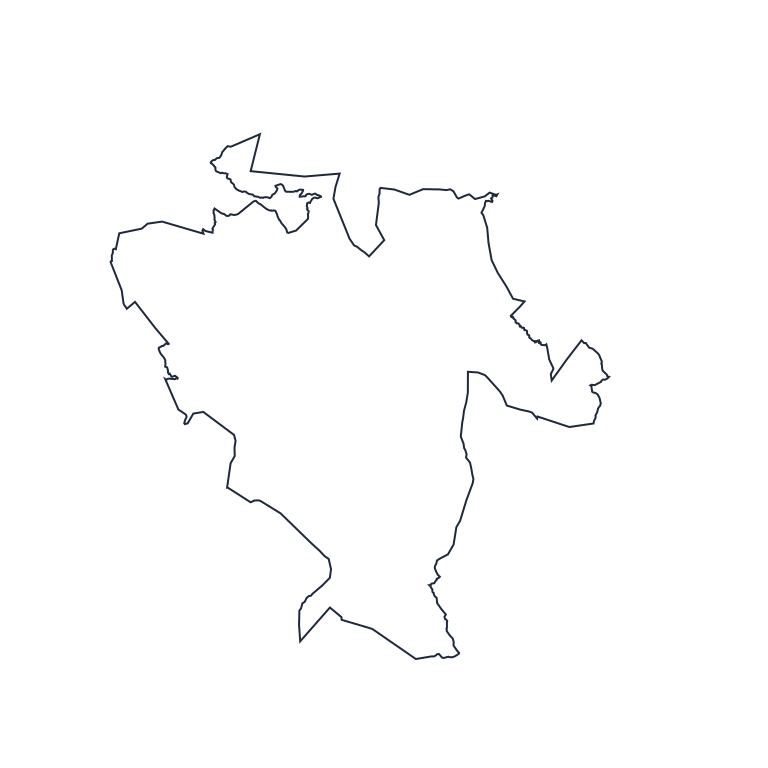 Santiago Juxtlahuaca, Oaxaca, Mexico, rotated 158°
{"feature_id": "50627088B28007976268142", "entity_name": "Santiago Juxtlahuaca", "entity_type": "district", "adm_level": 2, "iso_a3": "MEX", "parent_name": "Mexico", "parent_adm1": "Oaxaca", "projection": "natural_earth1", "projection_center": [-98.042, 17.208], "detail": "fine", "context": "isolated", "style": "outline", "palette": "slate", "viewbox_px": 768, "rotation_deg": 158, "n_neighbors": 0, "source": "geoboundaries", "source_scale": "gbopen_adm2", "svg_char_len": 6166}
<svg xmlns="http://www.w3.org/2000/svg" viewBox="0 0 768 768"><g transform="rotate(158 384 384)"><path d="M405.5,662.1L436.7,661.4L437.6,661.6L439.8,663.1L442.4,662.1L447.2,659.5L449.5,656.8L451.9,655.4L454.5,656.0L456.8,655.1L458.1,655.5L459.4,655.5L461.4,654.6L461.8,654.1L461.7,653.4L461.0,652.7L460.0,650.4L459.7,648.9L459.4,648.6L459.2,647.8L459.9,646.3L460.1,644.7L459.6,643.8L456.4,640.6L454.8,640.5L453.8,639.5L451.8,638.6L450.4,637.2L452.1,635.1L452.3,634.1L452.1,633.3L449.7,631.3L450.2,628.3L449.0,626.5L448.5,625.0L448.8,622.5L447.8,619.8L446.2,617.8L443.2,615.0L441.6,615.0L440.0,613.9L439.2,612.3L438.0,610.8L434.7,608.7L434.0,606.7L430.6,604.7L428.9,602.9L427.6,602.8L426.5,601.9L425.8,602.1L423.6,601.5L422.1,600.8L420.3,599.1L418.3,599.7L416.6,601.3L413.8,601.6L410.7,603.7L409.6,605.2L410.5,607.2L410.4,608.4L405.0,608.1L403.9,607.0L403.3,605.6L403.4,600.4L402.7,598.9L396.1,596.2L393.2,595.9L392.6,595.2L390.3,595.8L388.9,595.7L386.3,594.3L386.4,593.8L388.8,591.7L391.3,590.6L392.0,589.2L387.7,588.0L387.2,587.6L386.1,587.7L385.3,588.6L383.8,588.8L382.0,588.3L380.0,586.4L377.4,586.5L376.3,586.2L375.3,584.4L373.2,582.9L372.2,581.6L372.3,581.1L376.4,581.2L377.9,582.6L379.0,582.9L381.0,582.6L384.2,580.3L384.7,579.6L386.0,580.5L387.5,580.4L389.0,577.8L389.0,575.6L389.7,575.2L389.9,574.4L389.1,572.5L390.1,570.7L390.9,570.1L391.7,567.4L392.8,565.5L408.0,559.2L416.1,559.9L417.0,560.8L416.6,563.9L417.1,566.6L418.8,571.5L419.2,574.6L419.7,575.5L419.9,579.5L419.6,581.7L419.9,585.4L421.1,586.2L423.1,586.6L423.6,587.3L424.3,587.3L425.3,588.0L427.5,590.4L431.3,597.1L432.9,598.8L433.8,601.2L434.3,601.9L436.7,602.1L455.8,596.2L459.4,596.7L462.8,598.9L464.0,598.3L465.3,598.1L466.7,598.7L467.5,599.5L468.2,601.1L470.8,603.2L475.4,610.2L477.1,608.7L477.1,608.0L478.1,606.2L477.9,604.6L478.8,601.6L479.7,599.7L479.4,597.3L480.6,596.8L480.8,595.3L484.8,592.4L484.8,591.4L486.3,588.5L492.3,592.8L493.7,595.3L494.9,594.3L495.1,591.0L528.9,617.7L543.1,621.2L550.4,618.8L573.0,622.9L582.2,609.4L583.4,610.5L584.4,610.4L585.2,609.8L586.5,606.8L588.2,605.2L590.2,600.0L590.8,600.2L591.8,599.5L592.1,569.1L595.3,556.4L595.2,553.9L594.6,552.4L594.3,550.1L584.1,553.4L575.0,521.2L568.6,501.9L569.3,501.8L570.7,503.2L571.4,503.1L574.3,502.0L575.5,502.5L577.7,502.0L578.8,502.1L579.5,501.7L579.8,500.3L579.9,497.5L579.6,495.4L578.2,491.0L577.9,488.5L577.9,487.8L578.3,487.2L579.0,484.6L580.4,482.1L578.9,480.7L578.9,480.0L579.3,477.2L580.0,475.6L579.7,473.8L578.8,473.9L578.3,470.5L577.5,470.1L574.7,469.9L573.0,467.0L573.5,466.4L574.0,467.0L576.1,466.8L581.4,469.6L582.4,469.8L584.2,469.5L585.0,470.6L584.2,437.3L579.3,430.1L579.1,428.8L579.2,427.9L579.8,427.0L581.6,425.4L583.9,422.5L583.7,421.4L580.7,421.1L571.9,428.0L562.0,425.8L542.1,392.9L542.9,386.9L546.5,380.9L549.4,373.1L555.9,368.0L568.3,346.7L567.8,346.6L552.0,324.3L547.8,324.5L543.7,323.0L542.3,321.8L528.3,302.7L511.0,263.5L506.2,253.5L503.6,246.7L500.8,242.5L502.5,232.1L506.8,224.6L516.7,220.3L528.8,216.3L531.0,215.1L533.4,215.5L536.0,214.5L539.1,211.7L541.8,211.2L545.1,206.9L547.3,205.7L553.0,192.5L558.1,176.8L517.9,197.0L510.8,183.8L511.6,181.2L486.7,161.4L457.5,117.1L441.9,113.6L439.8,112.7L437.4,112.9L436.0,113.6L434.2,113.1L432.7,108.7L431.8,107.9L430.5,107.5L426.4,107.0L425.2,106.0L423.4,105.2L420.6,104.9L415.8,105.8L415.1,106.5L416.1,109.2L417.5,115.4L416.0,118.8L415.6,122.2L417.3,126.6L418.4,131.6L417.8,132.8L417.8,133.7L417.0,134.3L415.1,139.1L414.1,140.7L414.6,142.2L415.5,143.5L415.1,145.6L413.0,147.1L415.2,154.0L416.8,161.0L415.3,166.0L416.5,168.3L416.5,170.7L416.2,171.5L416.9,172.7L416.8,173.6L416.1,175.6L416.7,177.4L416.6,178.9L417.4,180.5L415.9,180.1L414.9,181.1L412.1,180.5L408.9,182.7L408.3,182.8L408.0,183.6L405.6,183.8L404.4,184.4L405.6,186.9L406.0,191.1L405.8,194.4L405.4,195.3L404.4,196.6L402.7,197.9L401.1,200.4L398.4,201.1L388.5,202.1L379.6,209.1L370.5,224.2L364.7,228.6L351.2,245.3L339.0,258.7L336.6,262.6L336.1,266.6L334.7,273.0L333.7,278.9L335.5,285.0L333.7,288.0L333.4,292.4L333.7,294.7L332.6,299.0L332.5,306.5L325.7,319.3L323.7,322.3L319.8,329.3L314.6,336.2L309.5,344.6L301.6,363.9L292.4,359.4L287.0,354.3L285.3,350.2L279.4,333.8L278.3,328.8L278.2,318.0L267.1,309.1L259.6,304.0L257.4,302.0L255.0,294.5L253.8,296.3L228.3,274.7L204.5,268.9L203.1,271.1L200.7,273.2L200.0,274.4L199.8,275.5L196.7,278.2L194.9,280.9L193.5,282.0L191.9,282.8L190.3,284.7L189.4,290.2L189.8,294.3L191.3,296.5L193.2,297.7L193.9,298.9L192.5,304.4L193.2,305.4L191.9,305.6L189.1,304.0L182.0,304.7L181.3,305.5L179.0,306.1L177.7,305.3L176.3,305.2L174.3,305.6L172.7,306.4L174.0,307.3L173.9,309.2L176.3,314.4L175.9,316.8L174.4,321.5L174.7,321.6L173.6,323.3L173.7,330.2L174.2,332.2L177.3,338.5L180.2,340.9L181.6,346.5L183.1,346.9L184.5,350.5L205.3,338.3L227.2,324.4L225.6,330.8L221.7,334.1L221.1,335.3L221.6,344.9L219.1,356.5L218.6,359.9L219.7,359.5L223.1,361.0L223.8,362.2L223.2,363.8L223.4,364.1L224.0,363.8L224.8,364.0L223.9,366.4L224.4,366.5L225.1,365.5L225.8,365.8L226.1,366.6L226.9,366.8L227.7,365.8L228.4,366.0L228.2,367.3L228.9,367.5L230.4,369.3L230.8,371.1L231.9,372.6L231.2,374.6L231.4,375.2L232.3,375.8L232.5,376.9L231.6,379.4L231.7,379.9L233.0,381.4L233.4,381.3L233.7,381.8L233.2,383.5L233.6,384.0L234.9,384.3L235.5,386.2L236.2,386.1L236.6,386.4L236.1,387.7L236.7,389.8L237.1,390.2L238.1,390.4L238.9,392.1L238.1,393.7L239.5,396.4L239.1,397.4L239.8,398.6L240.3,398.0L240.9,398.5L240.9,399.7L240.0,400.1L228.8,404.9L222.8,407.9L232.4,414.7L234.0,428.7L236.9,444.5L237.8,458.6L234.2,475.8L229.8,490.2L228.7,503.2L229.5,506.2L224.4,510.8L223.7,511.5L222.9,513.5L220.9,515.6L220.0,515.0L218.7,514.8L215.6,512.3L214.8,513.1L215.2,516.0L213.6,516.2L212.7,518.1L212.0,518.0L209.5,516.0L207.9,517.3L209.2,517.3L214.4,521.9L220.3,520.2L230.3,521.4L233.9,527.9L237.6,528.2L245.4,528.0L246.5,529.6L247.4,536.6L249.7,539.7L253.7,540.5L259.4,543.5L274.7,550.0L289.6,549.9L301.5,560.4L313.7,567.1L313.9,566.6L315.0,566.4L316.5,563.0L316.6,562.4L319.1,559.6L320.9,554.0L331.9,534.4L329.9,517.3L350.0,507.9L352.9,513.7L354.8,516.3L357.7,521.6L359.8,523.6L361.5,531.6L361.5,574.7L355.2,584.8L346.3,595.7L379.9,606.1L427.9,631.3L405.5,662.1Z" fill="none" stroke="#1e293b" stroke-width="2"/></g></svg>